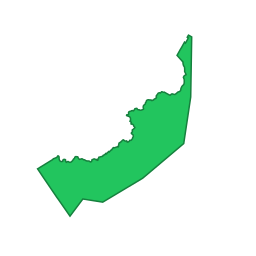 Nueva Palmira, Soriano, Uruguay (Robinson projection), rotated 332°
{"feature_id": "84410073B44651459787154", "entity_name": "Nueva Palmira", "entity_type": "district", "adm_level": 2, "iso_a3": "URY", "parent_name": "Uruguay", "parent_adm1": "Soriano", "projection": "robinson", "projection_center": [-58.359, -33.846], "detail": "fine", "context": "isolated", "style": "filled", "palette": "green", "viewbox_px": 256, "rotation_deg": 332, "n_neighbors": 0, "source": "geoboundaries", "source_scale": "gbopen_adm2", "svg_char_len": 4953}
<svg xmlns="http://www.w3.org/2000/svg" viewBox="0 0 256 256"><g transform="rotate(332 128 128)"><path d="M35.4,178.6L54.8,169.5L70.9,181.6L117.5,179.2L169.9,167.9L197.9,130.1L227.0,77.5L225.7,75.4L225.0,74.4L224.0,75.0L222.9,75.7L223.6,76.8L222.6,77.4L221.6,78.1L220.5,78.8L219.4,79.5L218.6,80.0L218.2,78.7L217.2,79.4L216.2,80.0L213.3,81.9L211.1,83.2L205.4,86.9L207.5,95.5L206.7,97.3L206.3,99.1L206.5,100.6L205.7,102.6L204.5,104.8L204.5,106.4L204.3,108.2L202.3,108.2L200.7,109.2L200.4,111.6L199.4,113.5L198.9,114.4L198.4,115.1L197.4,115.9L196.0,116.2L195.0,116.7L194.1,117.3L193.0,118.3L192.4,119.3L191.2,119.9L190.5,120.0L189.6,119.8L188.6,119.7L188.1,119.9L186.3,120.3L185.2,120.4L184.5,120.0L183.6,119.1L182.9,118.5L181.9,118.5L180.5,118.9L178.8,116.4L177.7,114.7L176.9,113.4L176.1,113.2L175.2,112.1L174.7,111.8L173.0,112.3L172.3,111.6L171.1,111.4L169.1,112.4L168.3,112.7L167.8,113.2L167.6,114.2L166.9,114.6L166.8,114.8L166.4,115.0L166.0,114.8L164.3,114.9L163.7,115.3L163.4,115.3L162.8,115.0L162.1,115.1L161.6,114.7L161.5,114.0L160.5,113.6L159.6,112.8L158.5,112.4L158.1,112.3L157.2,112.5L156.5,113.2L155.9,113.7L155.3,113.9L154.9,114.5L154.3,115.0L153.1,115.2L152.2,115.5L151.3,116.5L151.0,117.2L150.8,118.3L150.5,118.7L149.4,118.6L147.9,118.4L146.9,117.9L146.7,117.4L145.5,116.6L145.1,115.9L145.1,115.2L145.0,114.8L144.6,114.6L143.2,114.2L142.4,114.7L141.3,115.3L140.9,115.4L140.3,115.0L140.0,114.6L139.1,114.4L138.5,114.5L137.0,114.1L136.2,114.2L135.6,114.8L135.2,116.0L133.9,116.3L133.4,115.9L133.0,115.8L132.7,116.1L132.6,116.4L133.1,116.9L133.7,117.7L134.4,118.4L134.8,119.1L134.8,120.5L134.2,121.6L134.1,122.2L132.9,122.9L133.3,123.9L133.5,124.1L133.6,124.5L133.4,124.9L132.9,125.2L132.6,125.9L132.8,126.2L133.5,126.5L133.9,127.0L134.2,127.9L134.0,128.8L134.1,129.8L134.3,130.3L134.3,130.8L133.9,131.0L133.5,131.3L132.6,131.4L131.7,131.7L131.2,131.6L130.9,131.7L130.6,132.2L130.1,133.4L129.7,133.6L129.0,133.7L128.5,134.1L128.5,134.6L128.6,135.1L128.9,135.5L129.1,135.9L129.2,136.3L129.1,136.8L128.9,137.5L128.7,138.0L128.3,138.3L127.5,138.8L127.2,139.1L127.0,139.4L126.2,139.9L125.3,140.2L125.2,140.3L124.9,140.3L124.5,140.0L124.2,139.9L123.8,139.8L123.7,139.7L123.5,139.8L123.4,140.1L123.1,140.3L122.7,140.3L122.0,140.4L121.7,140.4L121.2,140.3L120.8,140.2L120.7,140.1L120.7,139.8L120.9,139.7L120.9,139.3L120.7,138.7L120.0,138.6L119.4,138.3L119.1,137.7L118.9,137.5L118.8,137.2L118.6,137.0L118.6,136.7L118.5,136.4L118.1,136.2L117.8,136.2L117.6,136.2L116.7,136.5L116.2,136.6L115.8,136.7L115.3,137.0L115.0,137.0L114.9,136.9L114.5,137.0L114.2,137.0L113.9,137.2L113.6,137.0L113.3,137.0L113.1,137.1L112.8,137.3L112.3,138.0L111.6,138.7L110.9,139.9L110.7,140.0L110.3,140.1L110.1,139.9L109.9,139.5L109.3,139.5L108.5,139.5L107.9,139.2L107.4,139.2L106.9,139.1L106.3,138.9L106.2,138.6L105.8,138.5L105.7,138.6L105.3,138.6L105.1,138.7L104.1,139.2L103.7,139.3L103.5,139.6L103.2,139.7L102.7,139.5L102.4,139.6L102.0,139.8L101.4,139.9L100.2,140.4L100.0,140.2L100.0,139.9L99.9,139.7L99.6,139.8L98.5,140.1L98.1,140.1L97.8,140.2L97.4,140.5L97.2,140.7L96.8,140.7L96.6,140.7L96.5,140.4L96.5,140.2L96.3,140.0L96.1,140.1L95.9,140.2L95.2,140.6L94.2,140.5L93.9,140.6L93.5,140.7L93.2,140.5L92.8,140.7L92.4,141.0L92.2,141.1L91.8,141.0L91.4,140.8L90.4,140.6L89.8,140.5L89.3,140.4L89.0,140.2L88.7,140.1L88.1,140.5L87.8,140.9L87.4,141.0L87.2,141.1L86.8,141.4L86.7,141.6L86.6,142.0L86.4,142.2L86.1,142.3L85.9,142.2L85.7,142.1L85.8,141.8L85.9,141.6L85.8,141.3L85.7,141.1L85.4,141.1L85.1,141.2L84.9,141.1L84.6,140.5L84.4,140.2L83.9,139.6L83.6,139.4L83.3,139.3L83.0,139.3L82.5,139.3L82.1,139.2L81.6,139.2L81.4,139.1L81.2,139.2L81.1,139.4L81.0,139.6L80.8,139.8L80.4,140.1L80.1,140.4L79.6,140.5L79.2,140.4L78.8,140.3L78.8,140.2L78.6,139.8L78.5,139.4L78.3,139.1L77.5,138.5L76.2,137.8L75.8,137.4L75.4,136.9L75.1,136.3L74.9,136.0L74.7,135.7L74.3,135.4L73.8,135.1L73.6,134.7L73.4,134.1L72.8,133.5L71.6,133.2L71.2,133.2L70.7,133.1L70.4,132.9L70.3,132.7L70.2,132.4L70.2,132.0L70.0,131.4L70.0,130.9L70.1,130.3L70.1,129.9L69.8,129.6L69.5,129.5L69.2,129.2L68.6,128.8L68.4,128.7L68.2,128.7L67.8,128.7L67.5,128.8L67.2,128.9L66.9,129.3L66.5,129.6L66.2,129.8L65.5,129.8L65.2,129.9L64.6,130.3L64.1,130.6L63.4,130.9L62.8,131.1L62.4,131.2L61.6,131.3L60.9,131.2L60.6,131.1L60.2,130.8L59.9,130.3L59.6,129.7L59.3,129.4L59.0,129.3L58.5,129.2L58.2,129.3L57.9,129.4L57.5,129.4L57.4,129.1L57.3,128.8L57.3,128.2L57.4,127.8L57.5,127.5L57.7,127.3L57.9,126.9L57.8,126.6L57.6,126.2L57.4,126.0L57.2,125.9L56.2,125.5L55.6,125.7L55.4,125.9L55.2,126.1L54.9,126.6L54.7,126.7L54.2,126.7L53.7,126.5L53.2,126.2L52.9,126.0L52.7,125.6L52.4,124.8L52.4,124.3L52.5,123.6L52.8,122.7L53.2,121.9L53.4,121.5L53.6,121.0L53.6,120.6L53.5,120.2L53.3,119.9L53.1,119.7L52.9,119.7L52.6,119.8L52.3,120.0L52.0,120.2L51.7,120.4L51.4,120.5L50.9,120.5L49.7,120.4L49.0,120.3L48.2,120.2L47.8,120.1L47.3,120.2L46.6,120.5L29.0,121.6L30.0,131.6L32.6,155.7L33.0,158.5L35.4,178.6Z" fill="#22c55e" stroke="#15803d" stroke-width="1.5"/></g></svg>